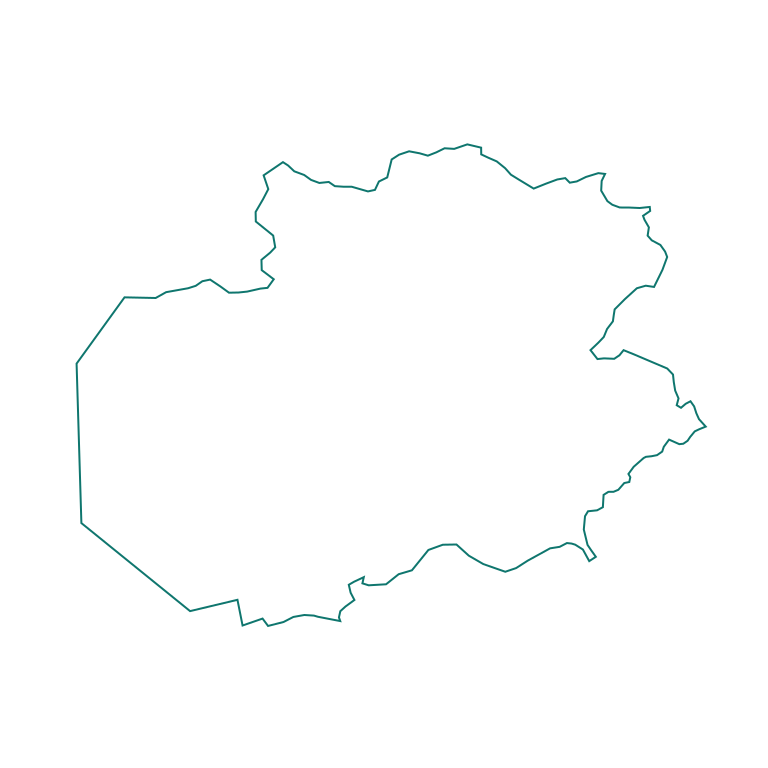 Jeli, Kelantan, Malaysia (Mercator projection), rotated 84°
{"feature_id": "92858781B21811088790673", "entity_name": "Jeli", "entity_type": "district", "adm_level": 2, "iso_a3": "MYS", "parent_name": "Malaysia", "parent_adm1": "Kelantan", "projection": "mercator", "projection_center": [101.818, 5.58], "detail": "fine", "context": "isolated", "style": "outline", "palette": "teal", "viewbox_px": 768, "rotation_deg": 84, "n_neighbors": 0, "source": "geoboundaries", "source_scale": "gbopen_adm2", "svg_char_len": 2374}
<svg xmlns="http://www.w3.org/2000/svg" viewBox="0 0 768 768"><g transform="rotate(84 384 384)"><path d="M460.0,68.5L451.9,74.4L445.8,76.4L438.7,77.9L433.2,81.0L435.2,86.0L438.7,91.1L435.7,95.1L429.1,92.6L421.0,95.1L412.4,95.6L404.8,95.6L398.2,100.7L390.6,114.4L380.5,132.6L375.4,142.2L380.0,146.8L383.0,152.4L381.5,162.5L381.5,169.1L371.9,175.1L365.3,166.5L360.2,160.5L352.6,156.4L345.6,149.8L339.5,148.3L333.9,146.8L324.8,135.6L315.2,122.5L313.6,113.4L315.7,105.3L299.5,95.1L287.3,89.1L281.7,90.6L274.6,94.6L269.1,102.7L264.0,106.3L255.9,104.2L247.8,107.8L243.8,108.8L239.7,101.2L235.7,101.2L235.7,111.3L234.1,122.0L233.1,131.1L229.6,138.2L225.5,142.7L214.4,147.8L204.8,146.3L198.2,142.2L196.7,148.8L199.2,161.5L202.7,171.1L203.2,178.2L198.2,182.2L198.7,190.3L201.7,202.0L205.3,214.7L194.6,228.8L189.1,235.9L182.0,241.0L174.4,248.6L169.8,256.7L165.8,263.3L159.1,262.7L154.4,276.1L157.5,289.6L155.9,299.1L159.1,307.8L161.5,316.5L158.3,324.4L155.2,334.7L157.5,345.0L161.5,352.9L178.9,359.2L182.1,367.9L190.0,372.7L190.8,379.8L184.4,395.6L183.6,403.5L182.1,412.2L177.3,417.8L177.3,427.3L173.4,435.2L167.8,441.5L163.1,451.0L156.7,456.5L152.8,461.3L163.9,481.9L178.1,478.7L187.6,485.0L199.5,493.7L209.0,494.5L224.8,478.7L236.7,477.9L241.4,483.4L247.7,492.9L258.0,493.7L268.3,482.7L276.2,489.8L276.2,496.9L277.8,510.4L277.8,519.1L277.0,528.6L269.9,536.5L262.0,546.0L262.8,553.9L266.7,561.0L268.3,568.9L269.9,591.1L274.6,602.1L271.0,630.6L270.7,633.0L331.6,687.6L490.7,699.5L589.6,600.6L583.3,552.3L609.4,549.9L604.6,529.3L612.5,524.6L610.2,508.8L606.2,498.5L605.4,487.4L607.0,477.9L608.6,474.0L615.2,452.3L611.4,453.2L605.4,451.2L601.3,445.6L595.7,436.0L588.1,439.0L580.0,440.0L577.5,434.4L574.0,424.3L580.0,426.3L582.6,420.3L583.4,402.9L574.7,389.3L572.2,375.7L553.7,357.2L550.0,342.3L551.2,328.7L563.6,317.6L573.5,304.0L583.4,283.0L580.9,271.9L574.7,259.5L564.8,236.0L564.3,226.3L561.3,218.7L562.3,214.1L563.8,210.6L569.4,203.5L581.6,198.4L578.0,191.4L570.9,195.4L565.3,198.4L549.6,200.5L536.5,197.9L531.9,194.4L531.9,190.3L531.9,185.3L529.4,179.2L517.2,177.2L514.7,172.1L515.2,167.0L513.7,162.0L507.6,155.4L507.1,150.3L502.5,148.8L499.0,150.3L492.4,144.3L484.8,133.6L483.8,131.1L483.8,125.5L483.3,119.9L480.3,114.4L475.7,112.3L469.1,106.3L474.7,96.6L474.7,92.6L472.2,88.0L468.6,85.0L463.6,79.9L462.0,75.4L460.0,68.5Z" fill="none" stroke="#0f766e" stroke-width="2"/></g></svg>